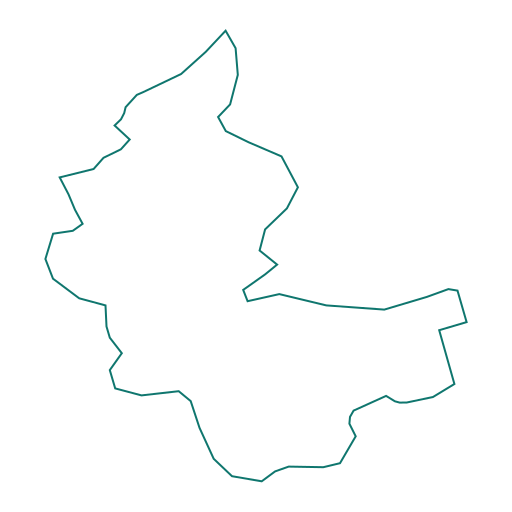 Tukums, Natural Earth projection
{"feature_id": "LVA-1092", "entity_name": "Tukums", "entity_type": "Municipality", "adm_level": 1, "iso_a3": "LVA", "parent_name": "Latvia", "parent_adm1": "", "projection": "natural_earth1", "projection_center": [23.127, 56.979], "detail": "fine", "context": "isolated", "style": "outline", "palette": "teal", "viewbox_px": 512, "rotation_deg": 0, "n_neighbors": 0, "source": "natural_earth", "source_scale": "10m", "svg_char_len": 986}
<svg xmlns="http://www.w3.org/2000/svg" viewBox="0 0 512 512"><path d="M457.5,290.6L466.6,322.1L439.2,330.2L454.4,384.0L433.0,397.0L406.8,402.5L399.7,402.6L394.9,401.3L386.1,395.9L353.6,410.6L350.0,416.9L349.4,423.7L355.7,436.3L340.0,463.2L323.3,467.2L288.7,466.6L275.1,471.4L261.7,481.3L232.0,476.2L213.7,458.8L199.5,427.8L190.7,401.1L178.7,391.2L141.5,395.4L115.2,388.4L109.8,370.1L121.8,353.2L109.8,337.7L106.5,326.5L105.5,305.4L79.2,298.3L53.0,278.7L45.4,259.0L53.1,233.7L72.8,230.8L82.6,223.8L75.0,209.8L68.5,194.3L59.7,177.4L93.6,169.0L103.5,157.8L120.9,149.3L129.7,139.5L114.6,125.5L121.0,119.3L124.2,113.1L125.6,107.2L136.8,94.9L143.0,92.2L181.1,74.0L205.8,51.8L225.6,30.7L235.6,48.2L237.8,74.9L230.1,104.4L218.1,117.0L225.8,131.1L248.7,142.3L281.5,156.4L297.9,187.3L286.9,208.4L265.1,229.4L259.6,250.5L277.1,264.6L265.1,274.4L243.2,289.9L247.6,301.2L279.3,294.1L326.3,305.4L384.3,309.6L426.9,296.9L448.4,289.1L457.5,290.6Z" fill="none" stroke="#0f766e" stroke-width="2"/></svg>